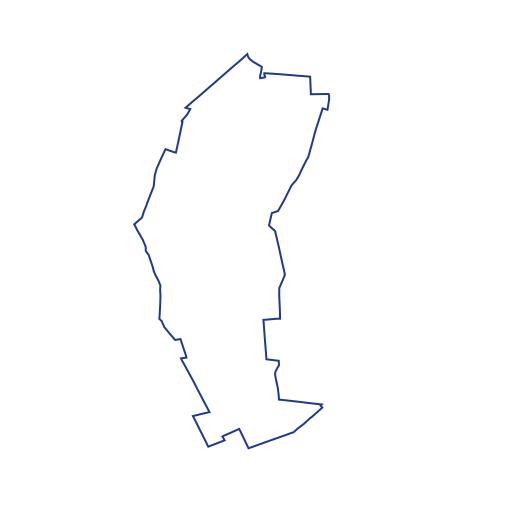 outline of Capleni, Satu Mare, Romania, rotated 139°
{"feature_id": "2599482B91947019128255", "entity_name": "Capleni", "entity_type": "district", "adm_level": 2, "iso_a3": "ROU", "parent_name": "Romania", "parent_adm1": "Satu Mare", "projection": "mercator", "projection_center": [22.539, 47.735], "detail": "fine", "context": "isolated", "style": "outline", "palette": "blue", "viewbox_px": 512, "rotation_deg": 139, "n_neighbors": 0, "source": "geoboundaries", "source_scale": "gbopen_adm2", "svg_char_len": 3224}
<svg xmlns="http://www.w3.org/2000/svg" viewBox="0 0 512 512"><g transform="rotate(139 256 256)"><path d="M94.9,330.6L102.2,336.8L108.5,342.1L107.3,343.5L101.9,350.3L97.5,355.8L99.8,358.2L106.8,365.3L109.2,367.8L114.6,373.3L118.2,377.0L123.3,382.1L126.5,385.3L129.8,388.5L130.0,388.3L130.2,388.0L130.7,387.4L131.0,386.8L131.5,385.2L132.1,385.0L136.2,387.4L135.6,388.4L134.8,389.2L132.0,391.1L129.7,393.0L127.5,394.9L130.7,404.3L131.5,408.4L131.5,409.9L131.3,411.2L130.8,412.7L130.1,414.1L131.9,414.1L133.7,414.0L135.7,413.9L139.0,413.9L143.3,413.9L147.7,414.0L161.8,414.0L168.8,414.0L181.8,414.0L193.8,414.0L203.6,414.1L211.9,414.1L209.2,410.0L215.5,407.8L223.3,406.8L224.2,405.3L223.9,405.2L224.6,404.6L229.0,401.3L240.5,392.6L248.6,386.6L249.5,387.8L249.8,388.2L254.2,396.0L263.7,391.8L268.0,389.8L273.5,387.2L274.6,386.5L279.7,383.1L282.8,380.1L287.6,375.6L288.4,375.2L296.3,371.1L302.7,367.7L306.6,365.5L310.9,363.4L313.1,362.1L316.8,359.8L322.0,359.8L326.9,359.8L327.2,359.8L327.3,358.8L328.2,355.3L328.3,354.9L328.7,353.5L328.9,352.3L329.1,351.4L329.5,349.1L330.2,345.8L330.8,342.4L331.1,341.7L331.3,341.2L332.0,338.9L333.1,335.7L333.3,335.2L334.1,334.2L335.5,332.6L335.9,332.0L336.0,331.6L336.0,331.2L336.2,327.8L336.3,327.3L337.2,325.1L338.2,322.7L339.9,318.4L341.3,315.0L342.3,313.3L343.4,310.7L343.7,309.8L344.3,307.9L344.8,306.0L344.9,305.4L345.2,303.8L345.7,301.9L346.5,299.4L347.2,297.3L347.5,296.5L349.4,294.5L350.8,293.1L351.9,291.6L352.7,290.6L353.6,289.4L354.7,288.1L357.9,284.6L361.5,280.8L363.9,278.3L368.0,274.1L370.2,272.0L370.1,271.0L370.0,270.1L369.9,269.3L370.0,268.2L370.3,267.5L370.6,266.6L370.9,265.9L371.0,265.1L371.9,262.4L371.9,262.2L371.9,259.8L372.1,253.4L372.1,245.7L367.5,242.8L369.4,238.4L370.9,234.7L372.2,231.6L373.3,228.8L374.0,227.2L374.8,225.7L375.2,225.0L379.7,227.9L380.4,225.7L380.8,223.9L381.6,219.8L382.8,214.5L384.9,204.9L385.8,200.9L387.6,193.9L389.3,186.6L390.5,181.6L393.5,168.7L400.1,172.2L408.6,176.6L410.0,170.8L412.6,160.9L413.2,158.4L415.7,148.8L416.2,147.0L417.1,143.4L405.4,139.2L400.6,137.5L399.7,141.8L399.1,141.7L392.4,139.6L388.3,138.4L382.1,136.5L383.7,130.6L386.7,119.7L387.8,115.8L369.3,108.6L362.9,106.1L357.9,104.1L350.6,101.2L344.9,99.1L343.5,98.3L337.6,98.4L337.2,98.4L329.6,97.9L322.3,98.1L317.9,97.9L305.4,98.1L305.4,100.7L303.8,100.8L305.7,102.9L309.5,107.0L312.6,110.4L318.0,116.4L323.3,122.2L328.8,128.2L332.9,132.6L331.0,135.0L329.7,136.8L326.6,141.3L320.1,152.9L318.7,154.9L316.8,156.1L314.2,157.1L312.7,157.7L310.2,158.5L309.8,159.1L307.6,162.0L309.2,163.8L315.9,171.2L315.2,172.1L309.4,179.9L303.3,188.2L297.3,196.2L292.3,202.9L281.3,194.9L279.0,192.9L278.1,193.9L277.9,194.2L274.3,198.5L269.2,204.9L268.4,205.9L264.1,211.3L260.4,215.5L259.5,216.5L252.4,219.9L251.1,220.5L246.6,222.8L244.5,226.4L240.4,234.1L232.2,249.1L225.2,262.4L225.7,266.0L226.2,270.5L215.9,278.0L209.9,275.5L208.9,275.8L199.1,279.3L191.7,282.3L183.1,285.9L181.4,286.2L175.9,286.9L173.1,287.8L169.6,289.0L166.5,290.5L159.4,293.5L156.0,294.9L152.6,296.1L152.2,296.1L149.5,297.8L138.3,305.2L130.7,310.4L123.8,314.7L121.7,315.9L119.7,317.1L116.3,319.2L113.7,320.7L108.9,323.7L106.1,319.5L98.5,325.8L95.4,329.3L94.9,330.6Z" fill="none" stroke="#1e3a8a" stroke-width="2"/></g></svg>